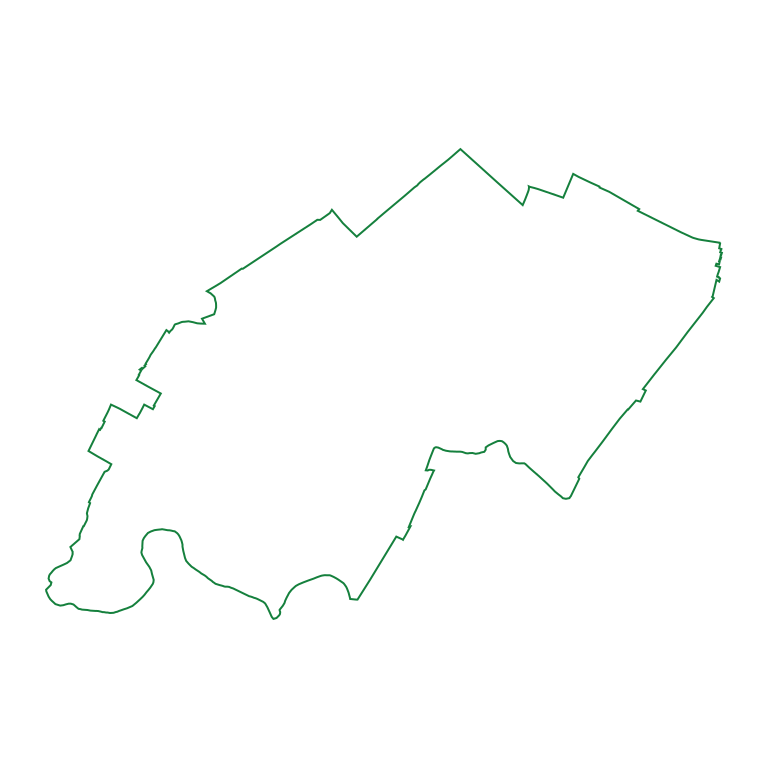 the district of Magurele, Ilfov, Romania
{"feature_id": "2599482B86317878562303", "entity_name": "Magurele", "entity_type": "district", "adm_level": 2, "iso_a3": "ROU", "parent_name": "Romania", "parent_adm1": "Ilfov", "projection": "orthographic", "projection_center": [26.004, 44.349], "detail": "fine", "context": "isolated", "style": "outline", "palette": "green", "viewbox_px": 768, "rotation_deg": 0, "n_neighbors": 0, "source": "geoboundaries", "source_scale": "gbopen_adm2", "svg_char_len": 6022}
<svg xmlns="http://www.w3.org/2000/svg" viewBox="0 0 768 768"><path d="M570.1,498.0L569.4,497.9L570.8,496.2L579.3,478.7L578.3,477.3L584.3,467.1L587.8,461.0L592.2,455.2L595.1,451.5L602.7,441.5L611.9,429.0L619.8,418.6L627.7,409.4L628.1,409.6L636.0,400.5L640.4,401.6L645.8,390.5L642.9,389.1L654.8,373.8L655.0,373.6L665.9,359.9L676.1,347.5L687.5,332.2L702.7,312.8L706.9,306.9L713.8,298.1L712.1,296.9L712.7,296.1L716.5,279.9L717.0,280.2L719.2,281.6L720.1,278.4L719.9,278.2L718.5,277.5L718.6,277.0L717.1,276.6L718.0,273.6L718.5,272.4L720.1,267.1L715.7,265.8L716.4,263.7L719.1,264.3L719.7,261.5L719.1,261.3L719.8,259.2L720.5,259.4L721.1,257.5L720.3,257.3L720.8,254.9L721.2,255.0L721.9,252.8L720.2,252.3L721.0,249.3L721.3,249.4L721.4,249.0L719.2,248.3L720.1,243.4L719.5,243.1L719.5,242.7L701.3,239.9L698.6,239.4L694.0,238.1L692.5,237.6L680.8,232.2L637.8,210.8L639.2,209.1L609.2,191.8L599.5,187.5L599.5,186.6L590.6,182.6L578.6,176.9L573.2,173.9L563.2,197.7L556.9,195.5L539.9,189.7L537.8,189.0L534.0,187.9L530.0,186.9L528.9,186.4L529.0,186.8L529.0,187.6L528.7,189.9L528.1,191.7L526.9,194.9L525.1,199.5L522.7,205.1L497.1,182.2L460.4,149.1L448.2,159.7L440.5,165.8L429.8,174.6L424.2,179.1L423.9,179.2L420.1,182.3L418.0,184.4L417.4,185.3L414.4,187.4L409.9,191.3L404.7,195.8L398.6,200.9L383.8,213.3L377.3,218.8L377.3,219.0L356.7,236.7L348.5,228.7L342.8,223.1L339.2,218.6L331.9,209.8L330.1,212.6L329.8,213.1L320.2,219.9L317.3,219.8L311.4,223.8L280.3,243.9L275.6,247.1L242.8,268.8L241.7,268.6L220.5,283.1L206.9,291.2L208.8,292.3L210.6,293.3L213.8,296.2L214.4,296.9L214.7,297.7L215.0,298.8L215.2,300.3L215.7,301.9L216.0,303.1L216.0,303.8L216.1,305.0L216.1,307.6L215.5,310.0L214.2,314.2L202.0,318.7L204.9,323.7L201.1,323.6L197.2,323.3L193.1,322.2L188.5,321.3L185.0,321.7L183.1,321.8L181.8,322.0L180.5,322.5L178.3,323.4L175.2,324.3L174.6,324.9L173.2,327.8L172.2,329.4L170.4,331.0L169.1,332.7L167.9,331.2L167.1,330.6L166.4,330.1L155.6,347.7L155.2,348.1L153.1,351.4L150.7,354.7L149.4,357.3L147.6,360.4L146.0,363.0L145.6,363.7L145.7,363.9L146.0,364.2L144.6,365.5L145.3,366.3L142.5,368.8L141.9,367.9L141.3,368.3L139.7,369.6L141.2,370.5L138.8,374.8L139.2,375.1L138.8,375.9L136.4,380.1L147.9,386.5L160.8,393.5L153.8,405.6L154.7,406.1L153.3,408.5L152.9,409.2L144.2,404.6L142.4,408.2L139.6,413.5L139.4,413.7L136.8,418.2L123.2,410.7L120.0,408.9L116.5,407.2L111.0,404.6L109.0,409.4L107.6,412.4L103.3,420.8L104.7,421.6L101.6,427.9L101.3,427.8L100.0,430.0L99.6,429.9L99.1,429.3L96.4,434.7L96.3,435.0L88.5,451.0L97.4,456.3L106.3,461.3L111.3,464.2L108.7,469.5L107.3,470.7L104.6,471.8L97.0,485.6L92.2,494.6L92.0,495.8L91.2,497.6L88.9,502.2L90.1,503.1L88.2,508.3L86.9,513.3L87.2,514.8L87.5,516.1L87.2,518.6L86.8,520.3L83.8,526.2L83.3,526.2L79.8,533.9L79.6,535.8L79.8,536.1L79.4,539.2L70.4,547.0L71.8,550.1L72.7,551.9L72.5,553.2L72.7,553.9L72.0,556.2L70.5,560.3L69.2,561.3L67.0,563.0L63.6,564.6L59.1,566.6L55.8,568.1L54.2,569.4L52.7,571.0L51.5,572.5L49.8,574.4L49.1,575.9L48.6,578.6L49.7,581.2L51.4,582.4L50.7,585.1L47.8,588.0L46.1,589.7L46.3,591.3L48.6,596.6L50.2,599.1L51.8,600.8L53.8,602.6L55.4,604.1L60.2,605.6L63.3,605.2L65.8,604.4L68.6,603.7L70.9,603.7L73.5,604.5L75.1,605.9L76.3,607.0L78.5,608.8L80.7,609.2L82.0,609.6L84.6,609.8L87.4,610.0L90.4,610.6L94.8,610.9L98.0,611.0L100.7,611.6L102.5,612.1L103.8,612.1L106.0,612.5L107.3,612.5L110.0,613.0L113.6,612.8L115.6,612.1L117.4,611.7L118.9,611.0L121.0,610.3L123.8,609.3L127.0,608.3L132.4,606.0L136.4,602.7L140.3,599.1L142.7,596.8L144.5,594.8L146.5,592.2L148.4,590.0L150.3,587.6L152.8,583.9L153.4,582.3L153.7,579.9L152.0,574.0L151.2,570.4L149.3,566.8L146.1,562.3L142.1,555.0L141.4,552.6L141.6,551.1L142.4,548.0L142.3,546.4L142.6,540.8L143.8,538.2L145.3,536.1L147.9,533.0L150.8,531.5L154.4,530.2L157.1,529.8L159.9,529.5L161.1,529.4L162.0,529.2L164.4,529.6L167.5,530.2L169.5,530.3L171.2,530.6L173.2,531.1L174.7,531.3L177.1,533.1L178.3,534.4L179.5,536.3L181.4,540.4L182.0,542.5L182.5,544.6L182.5,546.6L183.3,551.0L184.2,554.6L185.0,557.9L186.2,560.9L188.6,563.7L191.6,566.7L193.8,568.1L195.4,569.3L199.5,572.0L201.2,573.4L204.8,575.5L206.5,576.8L207.9,578.2L211.8,580.9L212.8,581.9L214.2,582.8L215.5,583.8L219.7,585.1L222.0,585.7L223.0,586.0L224.0,586.4L225.3,586.7L227.5,586.7L229.1,586.9L230.9,587.7L233.3,588.5L235.1,589.4L237.0,590.3L245.0,594.2L247.1,595.2L249.1,596.2L250.8,596.6L252.3,597.1L254.0,597.8L255.5,598.2L256.8,598.7L258.3,599.4L260.3,600.4L263.3,601.9L265.2,603.5L267.4,607.3L269.6,612.1L271.7,616.8L273.4,618.9L276.5,618.0L279.2,615.3L279.9,614.2L280.2,612.6L280.1,611.5L279.8,611.0L279.6,610.2L279.6,609.8L282.8,605.8L284.5,603.0L285.2,600.7L286.6,597.7L288.3,594.5L289.0,593.1L291.5,589.9L294.5,587.1L295.9,585.9L298.8,584.3L303.3,582.4L308.3,580.5L313.7,578.6L316.6,577.4L320.5,576.0L321.9,575.6L324.5,575.2L329.9,575.3L331.2,575.8L333.6,576.9L336.2,578.3L338.3,579.6L342.8,582.7L343.6,583.3L344.4,584.3L346.1,586.7L347.0,588.5L348.6,592.7L349.9,597.6L350.2,599.0L350.5,599.0L356.3,599.6L357.5,599.6L370.1,579.7L396.3,536.6L397.4,537.1L399.6,538.1L402.3,539.3L403.0,539.8L403.3,539.2L405.5,535.5L410.4,526.5L408.9,526.8L414.1,514.1L415.2,511.7L415.4,511.4L419.3,502.8L421.9,496.7L424.4,490.4L425.7,489.4L430.2,478.6L431.9,474.9L433.3,471.7L434.0,470.5L430.9,469.8L429.1,469.8L427.7,470.5L425.8,470.3L427.1,466.8L429.4,459.9L430.9,456.0L433.7,448.9L434.4,447.9L435.2,447.5L436.0,447.2L436.7,447.3L438.3,447.6L439.6,448.2L441.8,449.2L443.0,449.9L444.2,450.2L445.8,450.7L450.1,451.4L453.1,451.5L455.2,451.6L457.8,451.7L460.4,451.7L462.1,451.9L463.6,452.4L465.9,453.2L467.9,453.4L469.6,453.1L472.5,453.0L475.7,453.8L477.5,453.5L479.3,453.2L481.1,452.5L484.3,451.8L485.7,449.7L485.7,447.4L488.5,445.4L493.6,442.9L497.6,441.1L499.5,440.9L500.9,441.0L502.2,441.3L504.0,442.6L505.6,444.1L506.8,445.6L507.9,448.8L508.3,451.4L509.0,453.7L510.2,457.0L513.1,461.0L516.0,463.0L519.1,463.4L524.2,463.3L525.4,464.0L529.4,467.8L533.7,471.6L538.8,476.0L547.3,483.8L553.0,489.5L554.9,491.5L558.3,494.3L560.9,496.3L562.9,498.2L565.9,498.8L570.1,498.0Z" fill="none" stroke="#15803d" stroke-width="2"/></svg>